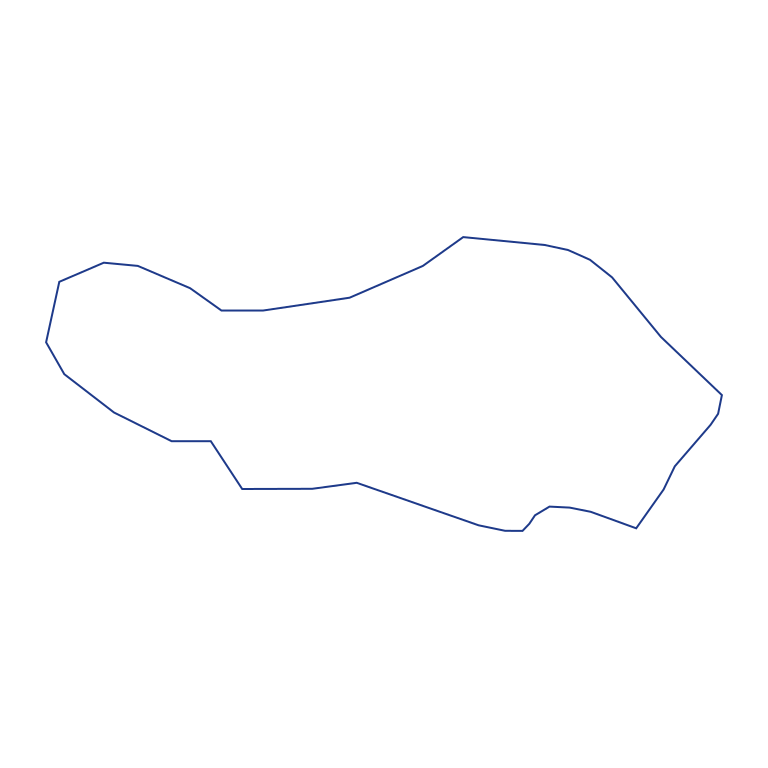 map outline of Jaunpiebalgas (Equal Earth projection)
{"feature_id": "LVA-5787", "entity_name": "Jaunpiebalgas", "entity_type": "Municipality", "adm_level": 1, "iso_a3": "LVA", "parent_name": "Latvia", "parent_adm1": "", "projection": "equal_earth", "projection_center": [25.988, 57.149], "detail": "fine", "context": "isolated", "style": "outline", "palette": "blue", "viewbox_px": 768, "rotation_deg": 0, "n_neighbors": 0, "source": "natural_earth", "source_scale": "10m", "svg_char_len": 568}
<svg xmlns="http://www.w3.org/2000/svg" viewBox="0 0 768 768"><path d="M463.2,237.1L544.7,245.0L568.0,250.0L590.0,259.8L612.1,277.4L660.9,336.9L721.9,395.1L718.1,413.8L710.6,424.8L674.8,466.3L663.6,489.5L636.2,528.3L590.7,511.8L569.7,507.6L549.5,506.6L535.0,515.3L529.3,523.8L522.5,530.9L505.1,530.8L478.6,525.3L356.7,482.8L312.2,488.8L242.2,489.0L210.8,441.2L171.6,441.2L114.0,412.5L64.3,374.2L46.1,342.3L59.3,281.8L103.8,262.7L137.8,265.9L190.1,288.2L221.4,310.5L263.3,310.5L349.6,297.7L422.9,265.9L463.2,237.1Z" fill="none" stroke="#1e3a8a" stroke-width="2"/></svg>